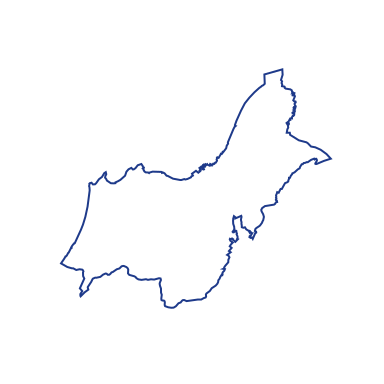 outline of Mueang Chon Buri, Chon Buri, Thailand, rotated 41°
{"feature_id": "78962969B92456210505100", "entity_name": "Mueang Chon Buri", "entity_type": "district", "adm_level": 2, "iso_a3": "THA", "parent_name": "Thailand", "parent_adm1": "Chon Buri", "projection": "equal_earth", "projection_center": [101.0, 13.351], "detail": "fine", "context": "isolated", "style": "outline", "palette": "blue", "viewbox_px": 384, "rotation_deg": 41, "n_neighbors": 0, "source": "geoboundaries", "source_scale": "gbopen_adm2", "svg_char_len": 6045}
<svg xmlns="http://www.w3.org/2000/svg" viewBox="0 0 384 384"><g transform="rotate(41 192 192)"><path d="M262.8,143.7L262.0,143.1L261.9,143.4L260.4,142.9L259.8,141.3L259.1,141.2L258.5,140.0L257.6,139.4L257.2,138.0L256.4,136.2L257.9,135.7L256.9,131.9L256.9,131.5L257.8,130.8L256.4,124.3L257.6,121.9L257.7,120.9L257.1,120.1L256.7,118.7L256.0,117.8L256.5,117.6L256.6,117.1L255.9,114.8L255.9,112.8L255.5,112.2L256.5,109.9L257.0,105.5L257.7,103.5L257.1,102.2L256.6,99.1L257.3,98.4L257.3,96.9L258.4,95.6L258.9,94.3L259.8,93.6L260.8,89.6L262.3,86.7L263.2,87.0L263.6,85.8L264.0,85.4L265.1,85.8L265.7,86.4L266.3,89.5L266.6,89.8L267.2,89.6L267.7,89.0L271.2,81.9L274.9,75.8L268.6,75.1L261.4,75.7L255.7,77.4L252.0,79.6L247.4,79.2L245.8,79.4L238.7,82.9L228.6,84.5L226.9,83.1L224.6,85.1L222.8,82.1L222.4,80.3L220.9,79.0L220.5,77.0L219.4,76.3L219.0,76.7L219.0,78.2L218.1,77.9L218.6,75.3L218.4,74.3L218.8,73.3L218.1,73.2L217.9,72.0L219.2,70.9L218.4,70.1L218.1,68.6L218.6,68.1L218.6,66.9L217.9,65.9L217.3,65.9L216.4,66.7L215.8,66.3L215.9,65.5L217.0,64.6L216.6,63.4L215.0,63.5L215.4,62.6L215.2,61.4L214.8,61.0L213.8,62.0L213.4,61.9L213.2,60.9L214.3,59.6L214.0,59.2L213.1,59.1L211.6,58.3L211.4,57.8L211.5,56.5L211.3,56.1L210.7,55.8L209.7,56.5L208.3,56.4L207.0,52.5L206.6,52.4L206.6,52.1L205.5,51.6L205.4,52.4L205.0,52.7L204.7,51.4L204.1,52.4L203.8,51.9L203.7,50.9L203.1,51.5L203.1,50.8L202.4,50.5L202.0,50.9L200.6,49.8L198.9,50.0L194.9,52.5L193.7,52.6L193.1,51.9L192.6,51.8L190.5,53.1L189.5,51.6L188.1,51.0L187.4,49.4L185.7,49.1L183.5,44.1L179.7,40.2L169.5,55.8L175.9,62.6L175.7,64.7L175.1,66.1L175.0,67.3L174.5,69.2L173.7,75.8L173.4,83.3L173.7,90.4L175.6,98.4L178.8,109.0L180.5,113.4L181.0,113.8L181.6,113.6L181.4,115.0L181.9,117.1L186.5,131.0L187.5,131.8L187.8,134.2L189.1,136.6L189.4,141.2L188.8,141.5L188.9,142.0L189.4,142.0L189.5,143.8L188.7,144.2L189.0,145.0L189.7,148.8L188.3,149.2L188.3,149.8L188.8,150.2L189.3,151.4L190.2,151.8L190.4,152.2L190.7,154.3L190.2,154.8L190.4,156.0L189.9,156.2L189.9,156.9L189.4,157.0L189.5,158.3L187.3,158.9L187.5,159.5L188.6,159.6L188.2,159.9L188.2,160.5L185.7,161.3L185.3,161.1L185.2,161.8L184.0,162.0L184.0,162.8L182.9,163.3L182.6,164.4L182.9,164.7L183.3,163.7L185.0,163.4L185.2,164.5L184.8,164.8L185.2,165.0L183.9,164.9L183.6,165.5L182.9,165.5L182.6,166.1L183.5,166.4L183.6,166.2L183.9,166.5L184.6,166.3L187.0,167.4L185.1,167.0L185.0,167.3L184.9,167.0L183.2,167.3L183.2,167.7L183.6,168.0L182.2,167.5L183.0,168.0L183.0,168.3L182.1,168.0L182.0,168.5L182.4,168.7L182.0,168.7L181.9,169.0L183.6,169.5L183.6,170.8L184.5,171.0L184.1,173.3L181.1,173.4L180.0,178.2L181.9,179.0L181.3,180.7L181.6,181.6L180.0,185.2L178.7,187.0L177.7,187.3L176.1,189.9L175.2,190.7L168.9,194.4L163.1,195.8L162.1,196.4L159.1,195.9L157.6,196.2L156.9,197.2L156.4,196.7L155.6,197.0L148.9,202.5L147.2,205.2L147.2,205.9L146.2,206.0L144.1,207.6L142.6,207.7L141.8,207.3L141.6,207.4L140.6,206.9L140.3,206.4L139.6,206.5L139.8,205.6L139.6,205.1L138.3,205.2L137.7,204.7L135.4,204.1L133.5,207.4L133.7,211.1L133.2,213.1L132.6,213.8L130.4,213.6L129.2,216.5L129.2,219.7L130.8,223.6L130.0,229.8L129.1,232.4L127.9,235.0L128.4,235.6L127.3,236.8L125.0,238.6L120.3,239.2L118.8,238.5L117.0,238.2L115.8,236.2L115.9,235.5L115.6,234.8L113.9,233.6L113.4,235.4L114.2,239.6L113.4,243.5L113.9,248.4L113.7,249.9L112.2,251.3L110.1,250.9L109.1,252.4L109.1,253.1L109.5,253.3L110.5,255.1L111.4,255.6L113.7,257.9L122.8,271.6L127.8,280.7L131.1,288.1L132.9,293.2L137.1,307.5L136.7,308.0L136.9,308.9L136.7,309.4L136.9,311.5L137.2,313.1L137.8,313.2L137.6,314.3L138.7,318.7L138.5,319.1L139.2,322.2L139.1,323.4L138.8,323.6L139.3,326.0L140.0,331.8L147.1,330.4L151.4,328.4L152.5,327.5L155.8,326.8L157.8,324.1L160.1,322.6L160.9,322.6L162.1,323.1L162.5,324.2L165.0,326.9L167.5,328.0L170.6,338.3L174.2,338.8L174.7,342.3L175.9,343.6L176.4,343.8L176.8,338.1L177.8,333.7L176.0,332.5L175.7,332.1L174.9,325.9L174.1,323.1L174.1,322.3L175.1,320.2L176.1,319.4L178.5,316.2L179.1,312.7L180.2,310.3L181.1,309.7L182.8,309.7L183.9,308.6L184.1,307.1L184.0,305.5L184.7,304.4L185.9,299.7L187.4,297.3L187.6,294.3L188.5,293.0L189.2,292.5L191.7,291.7L193.3,291.7L194.7,292.3L197.1,295.4L199.0,295.7L203.9,293.4L205.4,293.2L206.6,293.5L208.9,293.1L211.6,291.4L214.5,288.0L216.4,287.2L218.3,284.8L220.9,282.9L223.7,278.7L225.0,277.9L226.3,278.8L227.2,281.5L227.8,282.5L229.4,283.8L231.9,285.2L234.7,288.3L236.6,289.4L238.7,292.5L239.7,293.5L240.7,293.4L242.0,292.4L242.9,292.4L243.8,293.0L245.5,295.2L246.6,295.8L249.7,294.6L252.4,292.9L254.0,291.3L254.8,288.8L254.8,284.8L255.9,282.8L255.8,280.6L256.1,279.5L257.1,278.6L259.5,277.9L266.8,269.5L269.5,267.1L270.5,264.3L271.5,262.7L271.2,261.6L269.7,260.2L269.5,259.1L270.4,255.0L270.0,251.7L271.3,247.1L271.3,244.5L270.8,242.8L269.8,241.4L269.7,239.3L269.1,237.7L268.7,235.0L269.4,234.8L269.0,233.9L268.2,233.3L267.9,232.4L268.0,230.2L267.4,228.6L266.1,229.4L266.3,229.0L265.7,227.5L265.5,225.7L265.5,221.3L263.9,219.3L263.1,216.7L261.4,216.1L259.8,216.4L260.7,212.1L258.6,212.3L258.6,208.2L256.1,208.2L255.8,206.1L255.9,203.8L255.4,204.1L254.9,203.4L252.9,203.6L251.5,202.9L251.4,202.5L252.1,202.5L252.7,200.8L253.7,200.7L253.7,201.1L257.4,201.2L257.6,197.6L256.8,197.9L256.6,196.8L255.4,195.6L253.3,194.6L253.1,193.8L252.0,193.3L251.0,192.3L250.6,192.4L250.2,193.2L250.0,195.0L249.5,195.5L248.8,195.4L248.4,192.1L247.9,191.9L246.7,190.6L244.0,189.0L241.7,186.6L241.5,186.1L240.7,185.3L239.5,182.7L241.4,182.6L242.1,183.4L244.8,177.7L245.7,178.3L246.9,180.5L247.8,181.4L249.2,182.3L250.3,183.7L251.1,184.2L252.7,185.9L254.2,185.3L255.1,183.9L257.4,184.6L259.4,184.3L260.9,183.6L261.1,184.4L262.5,184.9L262.8,183.7L263.5,183.7L264.1,184.2L264.5,183.8L265.0,186.7L264.6,186.8L264.5,187.5L265.0,188.4L266.5,188.1L267.2,187.0L268.6,187.5L266.8,181.8L267.1,180.5L266.4,179.9L265.7,180.4L265.0,180.2L264.1,178.3L264.2,177.0L265.2,173.4L265.3,172.5L265.0,169.1L264.5,168.1L264.3,166.7L262.6,163.6L260.3,162.1L257.3,161.0L256.0,160.1L255.5,158.1L256.3,154.8L262.2,147.7L262.5,146.3L262.2,145.6L262.3,144.4L262.8,143.7Z" fill="none" stroke="#1e3a8a" stroke-width="2"/></g></svg>